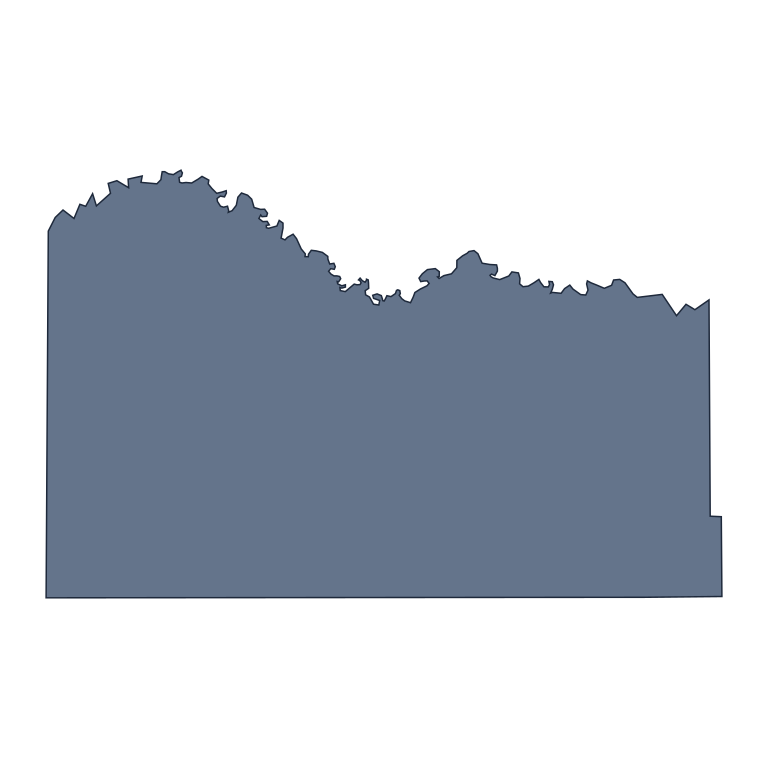 the district of Mellette, South Dakota, United States of America
{"feature_id": "52423323B72316424334286", "entity_name": "Mellette", "entity_type": "district", "adm_level": 2, "iso_a3": "USA", "parent_name": "United States of America", "parent_adm1": "South Dakota", "projection": "orthographic", "projection_center": [-100.749, 43.623], "detail": "fine", "context": "isolated", "style": "filled", "palette": "slate", "viewbox_px": 768, "rotation_deg": 0, "n_neighbors": 0, "source": "geoboundaries", "source_scale": "gbopen_adm2", "svg_char_len": 2955}
<svg xmlns="http://www.w3.org/2000/svg" viewBox="0 0 768 768"><path d="M637.3,297.4L633.0,293.9L625.0,282.8L619.7,279.4L613.6,280.0L611.6,285.3L604.3,288.3L596.5,285.0L591.0,282.8L587.4,280.9L586.6,283.9L588.0,290.1L585.8,295.0L580.7,294.6L573.0,289.1L569.8,285.1L564.6,288.6L561.1,293.3L552.4,292.4L550.6,293.1L552.3,289.3L553.5,284.8L552.3,281.7L548.9,281.4L549.5,284.6L548.3,286.9L543.9,286.8L540.5,282.4L538.9,279.4L533.9,282.8L528.3,286.1L523.0,286.7L519.6,283.8L520.0,278.5L518.4,272.9L511.9,271.9L508.8,276.0L499.7,279.6L493.3,278.0L491.1,276.8L490.0,275.3L491.5,274.1L494.9,275.6L497.4,271.1L497.4,268.3L496.6,264.9L489.9,264.5L482.1,263.2L477.9,253.7L474.0,250.6L469.0,251.5L467.1,253.3L462.6,255.8L456.9,260.4L456.8,267.7L451.5,273.8L443.9,275.6L439.1,278.5L437.5,276.9L439.2,276.4L439.3,271.7L435.3,268.6L427.4,269.6L422.3,273.8L419.0,278.1L420.7,281.6L424.3,281.0L427.1,280.9L429.1,283.4L427.0,285.8L420.4,289.0L414.9,292.5L413.1,297.3L410.5,302.7L407.3,301.7L404.7,300.9L401.8,298.7L399.2,295.2L400.3,293.7L399.8,290.6L397.8,289.8L396.5,290.4L395.4,293.6L391.0,296.6L386.9,295.7L385.3,299.1L384.2,301.0L382.8,300.7L382.3,298.6L381.3,295.6L377.1,293.9L375.1,294.5L372.7,295.3L373.6,298.4L379.7,300.5L378.8,305.0L373.5,304.2L369.5,297.0L365.6,294.8L365.2,290.7L368.7,288.3L368.5,282.8L368.2,279.9L366.5,279.2L366.4,280.3L365.1,282.2L362.3,280.7L360.1,278.1L358.5,279.9L359.9,280.6L361.1,282.8L360.0,284.6L357.0,284.8L354.2,284.1L345.3,291.6L340.3,290.6L339.9,287.5L341.8,288.1L345.4,287.1L345.4,284.8L341.8,285.8L337.7,283.8L337.2,281.5L338.6,281.9L340.7,278.7L339.7,276.5L337.0,275.9L334.0,275.9L331.0,274.1L328.6,271.3L330.7,268.7L334.3,269.3L335.3,266.7L333.9,263.3L329.7,264.0L327.9,259.1L327.8,256.4L322.4,252.4L316.2,250.9L311.3,250.3L308.5,254.2L308.3,256.7L305.0,256.6L305.3,253.9L301.2,248.9L296.5,238.6L293.1,234.2L287.5,237.3L285.0,239.9L281.1,238.1L281.9,233.9L283.0,228.0L283.0,223.1L279.2,220.4L276.9,226.0L268.6,228.3L266.4,227.7L266.3,225.4L269.3,224.9L267.2,221.4L262.8,221.6L258.9,218.5L260.7,215.0L262.0,216.7L266.6,216.3L267.5,213.2L264.6,209.2L260.6,209.4L254.1,207.5L251.7,199.2L247.6,195.2L241.5,193.0L237.9,197.2L236.3,205.3L232.1,210.7L228.3,212.3L228.7,210.8L227.5,206.2L223.6,207.2L220.5,206.2L217.4,201.4L217.1,198.5L220.3,196.1L224.5,196.9L226.4,193.1L226.2,190.7L222.2,192.0L216.7,193.3L211.9,188.5L208.2,183.9L208.8,180.1L202.0,176.4L198.2,179.1L191.7,183.0L186.0,182.5L182.0,183.0L179.6,182.3L179.0,177.6L181.5,176.2L182.4,172.9L181.3,171.1L181.0,170.2L177.5,172.0L173.4,174.6L168.5,173.8L164.8,171.7L162.2,171.7L161.5,175.6L160.9,179.7L156.9,183.8L141.0,182.4L142.2,176.0L128.1,179.1L128.6,187.7L116.9,180.7L108.2,183.4L110.5,193.3L96.4,205.9L92.6,193.7L85.7,206.3L79.9,204.3L74.0,218.5L63.0,210.0L55.2,217.5L48.3,231.1L46.1,597.8L643.1,597.3L721.9,596.5L721.3,516.7L710.2,516.2L709.0,299.9L694.9,309.7L686.0,304.3L676.5,315.7L662.2,294.4L637.3,297.4Z" fill="#64748b" stroke="#1e293b" stroke-width="1.5"/></svg>